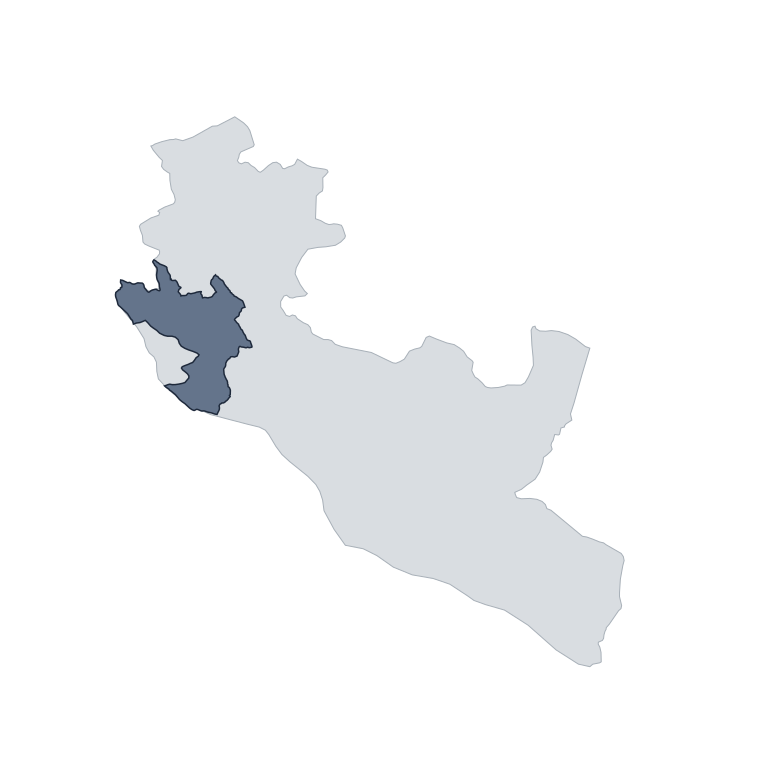 Republic of the Congo, with Pool highlighted, rotated 106°
{"feature_id": "COG-3341", "entity_name": "Pool", "entity_type": "Region", "adm_level": 1, "iso_a3": "COG", "parent_name": "Republic of the Congo", "parent_adm1": "", "projection": "natural_earth1", "projection_center": [14.821, -3.811], "detail": "fine", "context": "in_parent", "style": "filled", "palette": "slate", "viewbox_px": 768, "rotation_deg": 106, "n_neighbors": 0, "source": "natural_earth", "source_scale": "10m", "svg_char_len": 9659}
<svg xmlns="http://www.w3.org/2000/svg" viewBox="0 0 768 768"><g transform="rotate(106 384 384)"><path d="M168.3,601.1L171.7,590.9L174.3,586.1L177.4,582.8L189.8,574.7L191.7,575.1L200.3,585.5L203.0,586.4L206.1,586.1L209.7,586.5L211.4,584.5L211.7,581.8L209.1,578.7L208.7,575.5L210.6,572.0L211.6,568.1L214.3,563.5L214.6,561.3L211.7,558.9L205.9,555.3L201.9,551.9L200.4,548.5L201.5,544.3L204.7,540.8L204.5,538.9L201.7,535.8L199.6,532.5L197.5,530.4L191.7,529.2L192.8,524.7L195.0,518.1L195.5,513.1L193.8,499.9L194.0,497.5L195.6,496.2L199.1,497.7L202.6,499.7L212.1,496.8L215.4,496.4L218.2,498.9L222.0,500.9L244.0,495.4L244.4,489.8L245.7,484.7L245.9,480.9L244.9,478.4L243.9,476.6L243.2,472.8L243.2,468.7L245.3,466.7L252.3,461.9L254.5,462.0L259.4,464.7L264.0,468.9L268.1,477.6L270.9,485.2L275.4,494.3L285.0,498.0L296.5,500.4L302.7,499.8L311.5,492.0L316.5,485.9L318.2,482.6L321.1,484.3L324.4,492.3L326.5,495.4L327.0,498.4L325.5,502.1L327.0,504.4L333.2,506.1L338.5,504.5L341.0,501.3L345.0,497.0L345.1,493.4L342.9,491.1L342.9,487.9L345.1,485.4L347.3,478.5L348.0,473.5L350.1,470.3L354.2,468.1L355.6,466.1L357.9,454.2L356.7,449.9L356.7,446.3L359.3,441.8L359.7,434.3L357.2,404.9L361.2,381.3L360.8,378.3L358.0,374.7L354.5,371.3L345.4,368.6L342.0,364.2L339.4,359.6L337.5,358.1L327.6,356.3L325.4,353.6L326.3,346.2L327.2,335.1L326.8,327.4L328.6,321.2L330.6,316.5L335.0,311.6L337.3,305.8L338.5,304.3L346.8,303.4L349.8,300.9L352.2,298.5L353.2,295.2L356.0,289.7L358.5,286.0L358.8,283.5L358.3,280.0L355.8,273.1L352.8,267.4L351.0,265.4L347.3,251.9L343.9,248.8L337.3,247.1L324.9,245.5L317.4,248.0L306.0,252.5L291.7,257.4L288.3,256.9L286.8,254.8L289.0,253.1L290.1,249.0L288.7,243.1L286.5,237.8L285.3,230.2L285.8,220.9L288.0,212.1L292.5,200.7L292.8,196.0L320.4,196.3L350.0,196.1L361.4,196.5L366.9,193.5L372.1,198.0L374.6,199.0L375.5,198.6L377.5,201.8L383.9,201.4L384.9,202.2L385.5,206.0L391.5,205.9L394.4,206.7L396.9,206.6L400.3,204.4L402.8,205.2L407.4,208.0L410.6,210.5L415.2,209.7L425.7,210.1L433.8,212.5L441.9,219.0L447.3,222.8L452.1,228.4L453.9,227.4L456.6,225.2L456.5,220.4L453.8,212.3L452.7,205.3L453.3,199.7L455.4,195.6L458.9,193.1L459.3,188.8L475.7,151.3L475.2,147.0L475.6,140.6L476.4,133.4L476.2,129.1L477.3,126.2L481.5,109.3L483.9,106.4L487.5,104.5L492.7,104.4L506.4,103.0L519.2,100.2L523.5,99.0L531.5,94.5L534.6,94.3L537.2,96.0L552.7,101.2L557.0,103.2L558.5,102.9L560.9,103.4L564.5,103.4L568.0,102.8L570.3,103.4L573.1,106.8L575.0,106.4L577.5,104.0L582.2,101.4L591.2,98.6L592.6,99.9L595.8,106.1L599.0,108.2L599.7,119.9L592.2,145.2L576.1,179.1L568.1,205.9L568.1,225.5L567.3,237.8L564.6,245.3L558.3,265.6L557.4,283.0L559.7,304.3L557.5,324.5L550.9,343.6L548.1,358.6L549.7,376.7L537.6,391.8L522.4,406.7L512.5,411.0L504.9,416.1L499.4,421.8L493.7,431.8L484.6,453.3L479.9,462.7L473.7,470.8L464.5,480.6L461.1,485.3L459.8,492.0L460.3,504.4L461.2,542.1L457.1,571.0L448.1,591.1L441.3,602.3L434.6,605.8L425.7,608.8L421.4,612.6L418.8,618.2L413.8,623.1L406.5,627.2L397.2,637.5L386.0,653.8L378.4,663.1L374.3,665.5L370.0,665.7L365.6,663.8L362.0,663.5L360.1,664.4L357.2,662.1L357.3,658.4L356.7,652.2L354.6,645.8L359.4,636.7L359.0,634.7L356.7,631.4L354.2,626.7L351.7,627.0L346.6,630.6L341.2,633.4L336.2,634.6L330.1,639.0L326.8,639.0L324.9,637.3L320.8,635.7L318.5,636.2L317.3,637.0L316.2,648.0L315.4,652.6L314.0,654.8L307.7,657.2L303.5,660.4L299.9,662.6L297.6,662.0L288.6,653.8L283.8,647.0L281.0,646.9L280.2,649.0L278.7,648.0L274.3,643.5L269.1,636.4L267.2,635.3L264.4,635.4L259.8,638.0L255.4,642.1L247.3,645.9L240.6,648.0L240.0,650.6L238.4,655.0L236.2,657.8L230.2,658.6L228.1,662.6L222.9,670.2L219.5,673.7L218.6,672.2L216.5,670.4L212.3,664.4L208.1,657.1L207.0,653.7L205.8,651.8L205.6,644.5L199.3,635.7L183.5,620.1L181.8,615.4L168.3,601.1Z" fill="#d9dde1" stroke="#a8b0b8" stroke-width="1"/><path d="M459.3,536.1L459.5,538.5L459.3,541.8L459.6,545.6L459.4,549.2L459.6,550.3L460.2,551.5L460.2,553.0L459.8,556.0L460.1,557.4L460.8,558.1L461.5,558.7L461.8,559.4L461.7,560.9L461.4,562.2L460.7,564.2L457.8,569.9L456.6,573.4L455.3,576.3L451.8,581.4L449.4,586.9L449.0,588.4L448.2,589.3L447.2,592.5L446.3,594.4L445.1,592.7L444.1,591.4L443.2,589.8L443.0,587.4L442.1,584.5L440.7,581.3L438.9,577.9L437.4,575.7L434.2,574.3L432.1,573.3L430.0,573.8L428.4,575.7L427.3,578.0L425.9,581.5L424.5,583.1L423.0,582.7L421.2,580.5L419.1,577.6L417.5,575.8L416.1,573.9L413.6,572.8L410.4,571.8L408.5,570.2L406.9,569.9L405.8,572.3L405.3,576.6L405.1,581.1L404.6,585.3L403.5,589.3L401.3,592.0L398.1,594.1L396.5,597.5L396.5,601.0L397.7,605.2L397.9,608.7L397.0,613.7L395.1,617.2L393.8,621.2L392.6,624.3L390.1,628.1L388.6,631.0L390.6,633.4L392.2,635.5L393.6,638.7L395.5,641.4L392.4,643.2L391.9,643.9L391.6,644.8L387.1,649.9L382.4,659.0L382.0,660.1L381.4,661.1L380.5,661.9L377.8,663.3L374.0,666.0L372.3,666.7L370.1,667.0L369.4,666.7L367.6,665.4L366.9,665.2L366.6,665.0L366.2,664.1L365.9,663.8L365.4,663.7L364.2,663.8L363.9,663.5L363.5,662.8L362.4,662.8L361.3,663.1L360.6,663.5L359.4,665.0L358.7,665.4L357.6,665.6L356.6,665.8L356.4,663.8L357.3,658.6L357.1,657.9L356.8,657.3L356.5,656.7L356.5,655.9L356.7,655.3L357.1,654.1L357.2,653.5L357.0,651.8L356.3,650.7L355.5,649.8L354.6,648.5L354.1,646.0L353.7,644.5L353.7,644.0L354.2,643.0L355.1,642.1L357.3,641.0L358.0,640.2L358.6,639.2L359.6,637.9L360.4,636.6L360.6,635.4L360.2,634.9L358.2,633.4L357.1,631.9L356.1,630.2L355.8,629.3L355.7,628.9L355.9,628.6L356.2,627.6L356.3,626.8L356.3,626.0L356.2,625.5L355.8,625.2L354.8,625.3L352.3,626.8L349.7,627.6L348.5,628.5L346.3,630.7L344.2,631.9L342.0,632.7L336.9,633.4L334.8,634.4L333.1,637.1L333.0,637.3L332.8,637.4L331.9,638.2L330.9,639.5L330.3,639.9L329.8,640.0L328.1,639.4L328.5,637.4L329.1,636.3L329.3,635.8L329.6,634.8L329.7,634.3L330.4,632.8L330.5,632.1L330.9,627.6L331.4,625.6L331.5,625.4L331.8,625.0L332.1,624.7L332.9,624.5L335.0,623.3L336.3,622.2L338.0,620.0L338.6,619.5L339.4,619.1L341.3,618.5L342.3,618.1L341.8,617.6L342.8,616.8L342.8,615.7L341.8,613.1L342.5,611.8L343.2,610.9L346.2,608.5L346.6,608.0L346.8,607.5L347.0,606.1L347.3,605.8L347.8,605.9L349.7,607.2L352.1,607.2L352.4,606.8L353.3,605.3L354.1,604.2L354.6,603.8L355.3,603.5L354.5,602.0L354.0,600.2L353.3,598.6L352.3,598.0L351.2,597.7L350.6,596.9L350.5,595.8L350.5,594.6L348.6,591.0L347.3,589.3L345.8,586.1L345.6,585.1L345.9,585.0L346.5,585.3L347.3,585.2L347.9,584.7L348.7,583.6L349.1,583.3L349.5,583.2L351.0,582.3L351.2,582.2L351.1,581.9L350.8,581.4L350.4,580.7L350.2,580.2L349.9,578.6L349.9,577.7L349.8,577.2L349.6,576.6L349.1,576.0L348.6,574.9L348.3,574.4L347.9,574.0L347.5,573.4L346.7,573.0L345.5,572.7L343.3,571.7L342.9,571.4L342.2,570.6L341.8,570.4L341.4,570.8L341.0,571.7L340.7,572.1L339.5,573.0L339.1,573.4L335.8,578.0L335.4,578.2L334.9,578.4L332.4,578.6L331.9,578.6L331.3,578.4L330.4,577.8L329.7,577.6L328.1,577.4L327.5,577.3L325.5,576.0L326.1,575.5L326.3,575.3L326.4,575.0L326.5,574.4L326.4,573.7L326.5,573.3L327.1,572.7L327.5,572.2L328.2,570.7L328.5,569.9L328.9,569.0L329.0,568.5L328.9,568.3L328.9,568.1L329.0,567.8L329.2,567.5L330.4,566.1L331.3,565.4L331.7,565.2L331.8,565.1L333.9,562.3L334.2,561.9L334.6,561.1L334.8,560.6L335.1,560.3L336.0,559.7L336.5,558.3L336.7,558.0L336.9,557.8L337.5,557.3L338.2,557.0L338.4,556.7L338.5,556.3L338.4,556.0L338.4,555.7L338.5,555.6L338.8,555.3L339.1,555.0L339.4,554.5L339.9,553.1L340.1,552.8L340.6,552.4L340.8,552.2L340.8,551.4L340.9,550.6L341.0,549.9L341.9,547.6L342.9,543.6L343.0,543.1L343.3,542.7L344.4,541.7L348.5,538.8L349.9,541.0L351.1,541.6L352.9,541.4L353.7,541.6L354.9,542.4L355.4,542.6L355.8,542.6L356.4,542.4L358.4,542.4L358.7,542.5L359.0,542.7L359.2,542.9L359.4,543.1L359.8,543.6L360.5,544.1L362.1,545.1L363.0,545.4L363.5,545.4L363.7,545.2L364.4,543.9L365.3,542.9L365.6,542.4L366.5,540.6L366.6,540.3L366.8,540.2L367.8,539.5L369.2,537.9L369.7,537.5L370.6,536.7L370.9,536.4L371.1,535.5L371.2,535.4L371.3,535.2L371.5,534.9L373.1,533.7L374.8,531.9L375.1,531.3L375.2,531.1L375.9,530.5L377.9,529.1L378.4,528.6L379.0,528.1L379.2,527.8L379.4,527.5L379.5,526.6L379.6,526.3L379.5,525.1L379.6,524.7L379.8,524.4L380.2,524.0L381.6,523.2L382.1,522.7L383.9,521.5L384.5,521.2L385.0,521.2L385.2,521.5L385.3,521.7L385.8,522.6L386.1,523.1L386.2,523.4L386.3,523.8L386.2,524.9L386.3,525.2L386.4,525.5L386.8,525.9L387.0,526.2L387.1,526.5L387.2,526.8L387.3,527.2L387.3,529.0L387.7,531.2L387.7,531.5L387.6,532.3L387.5,532.7L387.6,533.0L387.9,533.3L388.5,533.5L389.6,533.6L390.6,533.6L391.8,533.1L393.1,532.5L393.5,532.5L397.2,532.9L397.7,533.0L397.9,533.2L398.1,533.5L398.4,534.1L399.0,534.7L399.2,535.0L399.3,535.3L399.5,537.3L399.9,538.3L400.0,538.6L400.2,538.8L400.5,539.0L400.8,539.1L401.7,539.3L402.1,539.4L402.3,539.6L402.4,539.8L402.5,540.0L402.8,540.4L403.5,540.6L403.8,540.7L404.0,540.9L405.1,541.4L407.3,541.8L407.9,541.8L409.0,541.5L410.1,541.3L410.7,541.3L411.2,541.4L413.3,542.1L413.8,542.1L414.3,542.1L418.4,540.5L419.1,540.1L420.5,539.0L420.9,538.8L421.3,538.4L422.2,537.6L422.6,537.2L422.9,537.0L423.1,536.8L423.7,536.1L424.1,535.7L424.9,535.2L425.4,534.9L426.7,534.5L427.2,534.3L427.3,534.2L427.6,533.8L427.9,533.7L428.2,533.6L428.9,533.4L429.3,533.2L429.6,533.0L429.7,532.6L429.9,532.0L430.1,531.7L430.3,531.5L430.8,531.1L431.5,530.5L432.3,530.0L432.9,529.8L436.6,528.9L437.0,529.0L437.5,529.4L438.2,528.7L438.5,528.4L438.8,528.5L439.1,528.7L440.0,529.1L440.7,529.5L441.4,529.6L443.0,530.4L443.7,530.9L444.3,531.5L444.6,531.7L444.9,531.8L445.2,531.9L445.5,532.0L446.0,532.7L446.3,532.9L446.4,533.2L446.6,533.5L446.9,534.5L447.1,534.8L447.3,534.9L447.6,535.0L447.8,535.2L448.0,535.4L448.2,535.7L448.5,536.0L449.0,536.2L449.9,536.4L450.6,536.5L450.8,536.4L451.1,536.1L451.5,535.9L452.0,535.7L453.1,535.4L453.7,535.3L454.3,535.3L455.7,535.5L457.0,535.8L459.3,536.1Z" fill="#64748b" stroke="#1e293b" stroke-width="1.5"/></g></svg>